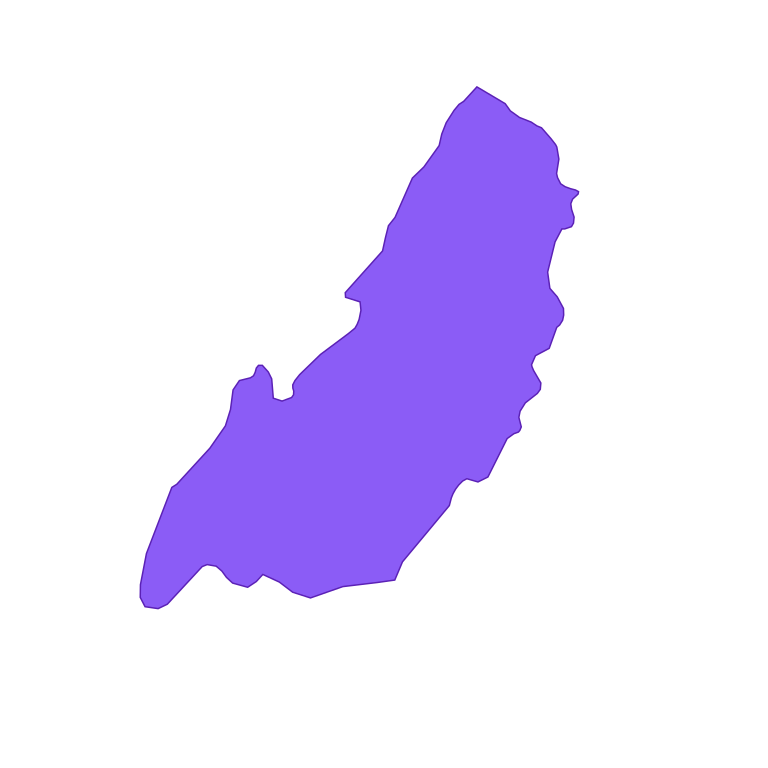 Põlva, Robinson projection, rotated 117°
{"feature_id": "EST-2347", "entity_name": "Põlva", "entity_type": "County", "adm_level": 1, "iso_a3": "EST", "parent_name": "Estonia", "parent_adm1": "", "projection": "robinson", "projection_center": [27.097, 58.038], "detail": "fine", "context": "isolated", "style": "filled", "palette": "violet", "viewbox_px": 768, "rotation_deg": 117, "n_neighbors": 0, "source": "natural_earth", "source_scale": "10m", "svg_char_len": 1720}
<svg xmlns="http://www.w3.org/2000/svg" viewBox="0 0 768 768"><g transform="rotate(117 384 384)"><path d="M553.8,285.4L563.8,299.7L583.2,328.7L608.0,352.4L611.0,370.8L608.0,387.3L608.7,405.5L618.0,408.1L627.0,413.2L630.1,428.5L627.8,436.6L624.3,443.5L622.5,450.8L625.2,459.6L629.2,463.1L678.6,477.1L686.7,483.3L690.9,495.8L684.8,504.3L673.4,509.9L642.9,518.7L572.5,526.1L572.1,525.9L567.4,523.1L520.2,510.0L493.3,506.3L476.4,509.2L457.8,515.8L446.6,514.4L439.1,505.8L435.9,504.0L432.0,504.1L427.8,505.0L424.4,504.3L422.6,500.9L425.8,492.6L430.4,486.4L446.9,476.2L445.5,467.1L438.0,460.2L434.7,459.7L431.3,461.2L429.1,463.3L426.2,464.9L421.3,464.9L413.9,463.4L386.5,454.0L355.2,438.6L347.4,435.2L343.0,435.0L337.7,435.5L328.8,438.0L321.7,442.6L324.2,457.6L320.2,460.0L266.1,445.7L252.7,449.2L240.9,451.9L230.5,449.8L187.6,452.2L172.5,447.0L146.5,443.1L135.1,446.0L122.9,447.2L108.4,445.8L100.8,444.1L95.9,441.3L77.1,436.1L79.2,403.3L83.3,395.4L85.0,384.3L83.8,371.7L84.6,365.0L84.2,360.0L89.6,346.6L92.8,339.8L94.4,337.6L104.2,330.3L118.1,325.8L121.4,323.0L125.4,317.5L126.0,312.2L125.3,306.5L124.2,301.5L124.3,298.0L126.6,297.3L133.7,299.9L138.6,299.4L143.3,296.1L149.0,290.4L154.6,288.2L158.7,288.4L163.8,293.4L165.1,295.9L179.7,296.1L210.0,289.0L223.5,279.6L227.7,269.2L235.2,258.4L241.0,255.2L246.1,253.8L251.7,254.3L255.1,255.8L277.2,253.0L290.0,261.9L299.8,261.3L301.4,260.0L304.1,256.8L311.9,244.7L317.8,242.3L322.8,243.1L336.6,249.5L346.4,250.4L352.5,248.7L359.9,242.2L363.7,241.9L365.8,242.4L369.3,245.7L376.7,249.5L419.7,249.2L428.6,255.8L430.8,267.2L434.8,269.9L440.1,271.6L445.3,272.5L450.5,272.7L454.9,272.3L462.7,270.6L534.1,286.8L553.8,285.4Z" fill="#8b5cf6" stroke="#5b21b6" stroke-width="1.5"/></g></svg>